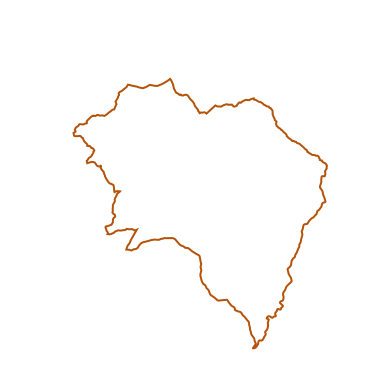 Pucara, Azuay, Ecuador, rotated 297°
{"feature_id": "8360857B91188181337605", "entity_name": "Pucara", "entity_type": "district", "adm_level": 2, "iso_a3": "ECU", "parent_name": "Ecuador", "parent_adm1": "Azuay", "projection": "mercator", "projection_center": [-79.542, -3.174], "detail": "fine", "context": "isolated", "style": "outline", "palette": "amber", "viewbox_px": 384, "rotation_deg": 297, "n_neighbors": 0, "source": "geoboundaries", "source_scale": "gbopen_adm2", "svg_char_len": 6048}
<svg xmlns="http://www.w3.org/2000/svg" viewBox="0 0 384 384"><g transform="rotate(297 192 192)"><path d="M110.9,159.6L112.1,162.6L112.2,164.3L113.4,165.4L114.4,165.9L114.9,166.8L116.2,168.3L117.8,169.0L120.3,169.1L123.5,170.0L125.8,172.0L126.2,172.7L130.6,177.5L132.5,180.0L134.1,183.7L134.7,184.6L136.1,185.6L137.4,187.5L138.1,188.0L138.6,188.6L139.0,189.7L142.2,195.8L142.3,197.0L142.2,198.5L139.7,204.6L139.3,206.9L139.6,208.1L139.6,209.7L139.2,211.2L140.1,213.6L140.2,214.6L139.2,219.4L138.8,224.1L138.8,226.6L138.3,227.9L133.1,231.9L132.1,232.9L129.0,233.7L126.4,235.9L122.5,236.8L120.8,237.8L117.2,241.0L115.3,243.5L114.9,246.2L112.9,248.7L112.3,250.9L111.5,252.0L109.2,254.4L108.7,255.6L108.2,259.6L107.1,263.8L107.2,264.8L111.8,271.9L111.5,273.0L110.7,274.2L108.6,278.8L108.4,282.0L107.7,283.0L106.6,283.6L106.4,284.0L106.3,284.7L106.6,287.5L107.0,289.0L107.0,289.7L106.4,291.5L105.2,293.1L104.8,295.3L102.7,299.7L102.2,301.3L102.0,301.6L98.9,303.8L97.5,305.2L95.9,306.0L94.4,307.6L92.0,309.6L89.8,313.9L87.7,315.5L85.9,317.7L84.8,317.8L80.7,317.2L80.5,317.4L81.6,318.9L83.0,319.5L85.7,319.9L86.7,319.9L87.8,319.4L89.3,319.1L90.0,319.3L90.5,319.8L90.9,320.8L91.5,321.7L92.4,322.1L94.2,322.2L95.6,322.1L98.1,322.4L99.1,322.1L99.9,321.1L100.7,320.7L103.1,321.3L105.0,321.2L107.7,320.4L109.9,318.9L113.0,318.4L113.3,317.8L113.2,316.1L114.2,315.8L116.0,316.4L116.6,318.4L116.2,319.7L116.4,320.4L116.5,320.8L118.0,321.4L119.1,322.8L119.5,322.9L120.0,322.8L121.1,321.4L121.8,321.1L124.7,321.6L126.3,321.3L126.9,321.9L127.2,323.9L127.4,324.1L128.1,324.4L129.4,324.1L130.6,324.7L131.5,324.8L132.0,324.6L132.9,321.2L133.3,320.7L134.4,320.5L135.1,320.9L136.2,322.0L137.6,322.2L140.2,321.2L142.0,319.6L143.8,319.0L147.1,319.4L150.6,319.1L154.0,320.1L156.8,321.2L157.7,321.3L160.4,319.3L162.6,315.6L166.5,312.3L167.3,312.2L169.4,313.1L171.6,313.5L175.0,312.3L176.5,312.0L178.9,312.3L180.5,313.1L183.5,312.6L185.3,312.8L189.8,312.4L192.0,312.5L193.7,311.5L196.6,311.6L199.9,310.6L203.4,310.0L204.5,309.5L206.7,307.6L209.1,307.5L212.8,306.5L213.4,306.5L214.3,306.9L215.7,308.9L216.2,309.2L219.6,309.5L222.5,310.4L225.0,311.9L227.1,312.3L228.7,313.0L231.9,312.4L234.0,313.4L237.4,313.9L238.2,313.9L239.7,313.4L241.0,313.3L242.0,313.7L243.2,315.1L244.0,315.3L246.6,313.0L249.1,310.1L251.1,308.6L252.4,307.3L253.5,304.9L254.9,303.5L259.6,302.7L262.2,301.3L264.4,300.6L265.2,300.9L265.7,301.7L266.1,302.9L266.3,303.1L267.5,303.0L268.7,302.6L270.9,301.1L274.4,301.3L275.5,300.5L276.7,300.3L276.9,300.0L277.8,298.6L278.1,297.3L278.0,294.9L278.1,294.5L279.0,293.7L279.0,293.2L278.5,292.1L278.6,291.3L279.7,290.6L280.0,289.8L281.0,288.8L281.3,287.9L281.2,287.1L280.6,286.2L280.7,285.4L280.4,284.2L279.6,282.1L279.9,280.4L279.8,279.2L280.3,277.6L280.0,276.9L280.1,276.6L281.2,275.6L281.5,275.0L281.7,272.9L282.4,271.3L283.8,265.6L283.3,263.5L283.9,261.7L283.5,260.6L283.6,259.4L283.0,258.3L283.0,257.9L283.5,257.1L284.0,253.4L284.9,251.0L285.6,250.5L286.3,249.6L287.0,246.4L287.9,244.3L287.9,243.0L288.5,242.0L288.6,239.7L289.0,239.0L289.3,237.4L291.3,235.7L292.8,235.5L293.2,235.0L293.7,233.1L294.9,232.2L296.2,230.3L297.8,228.8L298.1,228.3L299.1,228.0L301.0,226.8L301.5,226.2L301.7,225.3L302.4,224.2L302.3,222.2L302.9,221.5L302.3,219.9L302.5,218.2L302.4,216.6L303.1,214.3L303.2,212.4L302.7,209.8L303.0,207.8L302.9,206.6L302.5,205.3L302.8,204.9L303.5,204.6L303.4,204.3L301.4,202.3L300.1,201.5L299.2,200.1L299.1,199.2L298.2,197.8L295.3,195.6L293.6,194.9L293.2,193.4L290.4,192.7L288.8,192.6L287.4,191.1L287.1,190.4L287.1,190.1L288.0,187.8L287.2,186.8L286.8,185.5L286.2,184.8L286.0,183.1L283.8,180.8L281.4,179.3L279.7,175.6L279.7,173.5L268.4,169.3L268.8,167.8L268.5,166.5L267.3,165.1L266.9,163.8L265.7,163.2L265.8,162.8L266.8,161.5L267.1,160.6L267.8,160.1L268.1,159.6L270.1,155.4L271.7,153.7L272.2,152.9L273.0,151.3L274.1,148.0L276.1,144.4L276.2,143.1L275.2,141.3L273.8,140.1L273.5,139.3L273.8,137.9L273.6,137.6L273.0,137.5L272.9,136.9L273.4,134.3L273.3,132.8L276.0,128.9L279.5,126.0L282.1,122.6L282.8,121.1L280.1,119.9L274.6,116.4L272.6,114.5L271.4,113.7L270.5,112.4L269.6,110.3L268.3,105.8L264.9,103.6L262.2,101.2L261.2,97.7L260.9,95.3L259.4,89.9L259.1,87.9L258.5,86.2L256.2,86.1L254.7,85.6L251.8,84.2L250.5,83.8L248.3,82.2L246.8,81.8L246.3,82.0L245.5,82.9L244.9,83.0L243.6,82.8L242.2,83.2L237.9,82.8L235.9,84.9L234.4,84.8L230.3,85.2L229.2,83.8L228.7,83.5L227.3,83.1L224.8,81.7L222.8,81.0L220.0,79.4L219.8,77.9L218.0,74.7L218.1,73.8L217.7,72.6L216.0,71.6L215.7,70.7L215.1,70.0L215.2,69.3L214.8,68.9L213.3,68.0L207.7,66.1L207.3,66.1L206.3,66.6L205.7,67.1L205.2,66.9L204.5,65.8L202.9,64.5L202.2,63.1L201.8,61.8L201.4,61.1L200.7,60.7L199.8,60.8L199.0,60.6L197.6,59.7L196.3,59.2L194.1,59.4L193.2,60.7L192.8,60.8L190.9,59.6L188.8,61.2L188.5,62.1L190.3,65.6L191.0,66.4L191.2,67.4L190.5,69.2L190.6,70.1L188.3,72.8L186.9,77.0L186.6,77.4L185.6,77.6L185.9,78.9L186.5,79.9L186.5,80.4L185.6,82.3L185.9,83.4L185.8,84.2L184.9,85.9L184.5,86.2L183.3,85.8L182.2,86.3L177.9,86.0L175.3,84.6L173.5,84.5L171.9,84.1L170.1,85.6L173.2,88.8L173.9,90.4L174.1,92.1L172.4,95.2L172.3,96.8L172.7,98.0L173.9,98.6L173.9,99.0L173.7,99.3L172.8,99.4L171.7,100.1L170.4,102.5L170.0,104.0L168.6,105.1L167.6,106.5L166.5,107.3L164.8,109.7L163.1,112.6L162.3,114.6L162.6,116.9L162.5,118.8L161.2,120.0L156.3,123.1L156.0,123.1L156.5,123.3L157.2,123.1L157.7,123.4L159.0,125.4L159.8,127.5L158.9,127.3L156.9,126.3L155.6,126.1L154.2,126.4L152.0,126.3L150.2,126.5L148.8,127.5L148.4,127.5L144.4,127.4L142.8,128.3L140.7,129.1L139.2,130.1L137.6,130.4L136.9,131.8L136.8,133.4L135.4,134.7L135.0,134.7L133.6,134.1L132.2,133.9L129.9,134.8L128.9,135.4L127.7,135.1L126.5,135.2L123.2,132.3L122.4,131.0L121.9,130.8L121.0,131.1L119.8,132.5L118.6,133.5L117.7,135.4L116.9,135.9L116.2,135.8L116.5,136.9L117.2,138.2L118.2,139.4L118.6,139.5L120.1,140.9L121.8,141.4L124.2,143.5L125.2,145.9L127.8,149.6L128.0,149.9L129.4,150.5L129.7,151.0L130.4,153.4L131.7,155.3L131.8,156.1L131.7,158.1L132.0,158.8L133.3,159.9L120.4,159.3L119.7,159.6L117.1,159.5L114.9,159.0L110.9,159.6Z" fill="none" stroke="#b45309" stroke-width="2"/></g></svg>